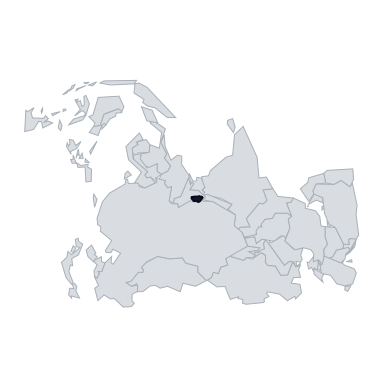 Asia, with Bhutan highlighted, rotated 178°
{"feature_id": "BTN", "entity_name": "Bhutan", "entity_type": "country or territory", "adm_level": 0, "iso_a3": "BTN", "parent_name": "Asia", "parent_adm1": "", "projection": "orthographic", "projection_center": [90.584, 27.506], "detail": "fine", "context": "in_parent", "style": "filled", "palette": "ink", "viewbox_px": 384, "rotation_deg": 178, "n_neighbors": 45, "source": "natural_earth", "source_scale": "50m", "svg_char_len": 13848}
<svg xmlns="http://www.w3.org/2000/svg" viewBox="0 0 384 384"><g transform="rotate(178 192 192)"><path d="M179.7,103.3L175.5,105.8L173.6,111.0L168.5,109.6L166.0,115.9L159.0,117.7L160.7,124.2L158.6,127.2L142.6,121.9L140.1,124.5L134.1,122.8L125.4,129.1L120.7,126.2L121.1,119.3L118.9,116.0L111.4,115.1L106.0,105.6L99.3,105.9L93.9,118.7L91.0,113.7L86.6,114.4L88.2,110.9L86.5,102.9L93.4,102.9L96.1,97.5L87.3,95.9L86.1,87.3L92.2,81.6L92.9,84.2L100.4,80.0L108.0,86.8L119.8,89.6L121.0,88.1L118.7,85.0L123.8,82.5L123.4,79.9L124.8,79.0L141.9,77.9L145.4,79.2L144.9,82.8L149.8,83.9L149.1,85.7L157.5,83.3L162.3,96.4L170.4,96.3L179.7,103.3Z" fill="#d9dde1" stroke="#a8b0b8" stroke-width="1"/><path d="M93.9,118.7L99.3,105.9L106.0,105.6L111.4,115.1L118.9,116.0L121.1,119.3L120.7,126.2L124.4,128.9L133.1,124.3L131.0,126.8L137.6,130.3L133.5,132.5L130.3,131.7L131.2,129.0L127.3,129.2L124.1,133.2L121.8,132.6L122.4,138.2L119.9,141.6L102.3,115.6L96.6,119.5L93.9,118.7Z" fill="#d9dde1" stroke="#a8b0b8" stroke-width="1"/><path d="M357.1,258.2L355.2,279.5L353.4,278.1L346.9,281.8L350.1,276.9L348.8,271.6L337.7,270.8L335.7,273.5L333.0,270.4L337.9,266.4L333.8,268.1L328.9,265.8L338.9,261.2L339.9,267.3L342.7,268.0L348.2,260.0L357.1,258.2ZM310.5,297.7L308.3,302.1L305.2,303.4L307.2,299.9L310.5,297.7ZM338.4,281.1L338.4,278.8L339.6,276.1L340.0,278.3L338.4,281.1ZM288.3,260.7L286.5,264.3L292.4,271.0L288.4,272.4L282.4,289.8L261.6,290.3L257.1,279.7L259.6,273.8L262.7,277.6L274.4,273.9L277.3,272.6L281.4,261.7L288.3,260.7ZM320.8,276.9L328.6,273.1L329.5,275.2L320.8,276.9ZM317.6,279.3L315.5,279.4L315.0,278.2L318.1,277.0L317.6,279.3ZM321.1,258.0L323.4,260.8L321.7,268.4L319.5,262.6L321.1,258.0ZM298.7,267.9L312.8,263.4L307.9,269.0L296.4,272.2L295.9,274.9L298.8,277.2L306.7,272.2L300.7,278.3L305.7,288.1L302.7,288.8L304.4,285.7L300.4,287.2L298.9,281.2L296.6,282.8L296.7,291.2L294.6,292.2L291.5,283.7L295.2,272.8L298.7,267.9ZM296.7,305.0L290.8,305.2L294.0,303.9L296.7,305.0ZM294.2,302.1L301.2,299.2L304.2,297.2L303.5,299.1L294.2,302.1ZM287.7,301.6L291.6,302.5L283.5,305.4L287.7,301.6ZM246.1,302.1L269.6,301.8L280.1,304.1L276.1,306.1L243.5,305.5L246.1,302.1ZM236.7,286.2L246.5,292.9L245.2,302.1L241.1,302.7L233.3,298.2L205.7,266.9L214.1,267.3L226.1,277.5L233.1,279.3L238.2,283.2L236.7,286.2Z" fill="#d9dde1" stroke="#a8b0b8" stroke-width="1"/><path d="M310.7,299.2L313.7,295.3L317.9,293.7L310.7,299.2Z" fill="#d9dde1" stroke="#a8b0b8" stroke-width="1"/><path d="M37.6,126.7L33.6,130.5L29.7,138.5L31.2,131.8L35.9,126.5L37.6,126.7Z" fill="#d9dde1" stroke="#a8b0b8" stroke-width="1"/><path d="M40.6,124.5L36.0,126.5L41.0,123.0L40.6,124.5Z" fill="#d9dde1" stroke="#a8b0b8" stroke-width="1"/><path d="M35.5,129.4L32.7,132.2L35.1,128.4L35.5,129.4Z" fill="#d9dde1" stroke="#a8b0b8" stroke-width="1"/><path d="M35.5,129.4L43.4,129.9L42.3,134.5L36.8,134.2L37.2,138.9L31.4,141.0L29.7,138.5L35.5,129.4Z" fill="#d9dde1" stroke="#a8b0b8" stroke-width="1"/><path d="M61.5,176.6L68.1,179.5L76.0,175.7L69.5,186.4L61.5,181.6L61.5,176.6Z" fill="#d9dde1" stroke="#a8b0b8" stroke-width="1"/><path d="M60.0,173.9L60.5,171.2L62.7,169.4L62.6,173.1L60.0,173.9Z" fill="#d9dde1" stroke="#a8b0b8" stroke-width="1"/><path d="M57.2,151.0L58.0,157.6L54.2,153.7L57.2,151.0Z" fill="#d9dde1" stroke="#a8b0b8" stroke-width="1"/><path d="M42.3,134.5L43.4,129.9L49.6,128.8L53.5,122.4L58.3,120.5L62.1,123.3L62.5,129.8L58.4,135.1L60.6,142.4L60.2,152.8L49.9,151.4L42.3,134.5Z" fill="#d9dde1" stroke="#a8b0b8" stroke-width="1"/><path d="M70.3,185.8L75.7,178.7L83.6,191.4L76.1,197.4L74.8,202.1L59.5,206.1L58.0,196.3L67.5,195.6L71.0,188.9L70.3,185.8ZM77.2,173.7L75.8,174.2L76.9,173.2L77.2,173.7Z" fill="#d9dde1" stroke="#a8b0b8" stroke-width="1"/><path d="M232.4,240.7L233.5,233.0L244.7,233.0L246.1,230.2L250.4,233.5L250.2,238.0L244.3,241.6L246.0,243.7L236.0,246.0L232.4,240.7Z" fill="#d9dde1" stroke="#a8b0b8" stroke-width="1"/><path d="M241.6,231.9L233.5,233.0L232.4,240.7L223.1,236.9L220.3,252.5L231.5,262.5L227.9,264.7L216.4,256.0L221.4,242.7L215.9,231.0L218.3,226.9L212.4,218.7L215.4,213.7L221.9,210.6L226.2,213.8L225.9,221.3L233.3,217.6L239.0,220.3L242.6,226.9L241.6,231.9Z" fill="#d9dde1" stroke="#a8b0b8" stroke-width="1"/><path d="M249.4,231.1L241.6,231.9L242.6,226.9L236.1,217.5L225.9,221.3L226.2,213.8L221.9,210.6L227.6,207.2L226.8,202.9L232.7,208.2L237.0,207.8L238.6,211.0L235.6,213.7L248.6,224.8L249.4,231.1Z" fill="#d9dde1" stroke="#a8b0b8" stroke-width="1"/><path d="M221.9,210.6L215.4,213.7L212.4,218.7L218.3,226.9L215.9,231.0L221.4,242.7L217.8,250.2L217.3,238.4L211.9,224.5L205.4,229.3L201.0,228.3L201.4,220.0L193.9,207.8L203.3,188.0L210.1,185.8L210.5,181.2L215.2,183.8L212.3,197.9L216.0,197.0L219.2,201.1L218.4,204.3L225.2,204.8L221.9,210.6Z" fill="#d9dde1" stroke="#a8b0b8" stroke-width="1"/><path d="M239.1,246.2L246.0,243.7L244.3,241.6L250.2,238.0L249.7,227.3L235.6,213.7L238.6,211.0L237.0,207.8L232.7,208.2L228.6,202.1L239.1,197.6L249.1,203.2L241.8,213.7L254.3,226.4L256.5,239.6L242.5,252.8L239.1,246.2Z" fill="#d9dde1" stroke="#a8b0b8" stroke-width="1"/><path d="M292.3,110.6L292.7,116.6L289.4,122.4L293.0,126.7L284.8,130.5L284.8,125.4L281.3,124.3L282.4,121.4L284.8,115.7L288.4,115.8L287.2,114.1L289.9,109.1L292.3,110.6Z" fill="#d9dde1" stroke="#a8b0b8" stroke-width="1"/><path d="M289.0,130.6L293.0,125.7L298.3,131.2L299.8,137.7L294.2,142.4L290.2,134.3L291.8,133.1L289.0,130.6Z" fill="#d9dde1" stroke="#a8b0b8" stroke-width="1"/><path d="M180.7,103.0L191.7,97.7L204.3,101.1L207.2,92.7L219.7,98.6L227.2,97.0L231.8,99.9L237.1,99.6L244.5,94.2L250.1,94.3L250.6,102.2L255.6,99.8L260.8,102.4L248.4,113.6L244.1,113.3L243.4,115.9L245.3,118.2L242.4,122.0L228.6,128.8L216.6,126.0L204.0,126.6L200.7,121.1L188.7,117.6L188.8,111.7L180.7,103.0Z" fill="#d9dde1" stroke="#a8b0b8" stroke-width="1"/><path d="M210.5,181.2L210.1,185.8L203.3,188.0L195.2,205.6L193.2,199.6L191.7,202.0L189.8,200.1L194.0,194.4L185.4,193.3L180.8,188.7L179.5,191.3L182.0,193.4L179.0,196.2L181.1,197.2L181.7,207.0L174.9,207.6L173.0,212.6L157.0,225.5L150.1,227.4L147.5,247.8L138.6,255.7L125.7,224.3L124.6,203.7L117.1,204.3L111.0,192.3L120.7,191.5L117.3,180.8L121.4,177.5L125.1,178.4L138.6,163.4L135.1,155.0L144.9,155.0L148.2,152.1L151.0,156.9L149.3,167.5L156.5,173.3L152.6,178.3L163.0,184.5L179.1,188.8L181.5,182.5L181.8,186.2L184.9,187.7L192.7,187.3L191.5,183.7L206.2,176.8L206.8,180.8L210.5,181.2Z" fill="#d9dde1" stroke="#a8b0b8" stroke-width="1"/><path d="M193.2,199.6L194.2,210.9L190.7,202.9L187.4,202.8L186.6,206.5L182.2,205.6L179.0,196.2L182.0,193.4L179.5,191.3L180.8,188.7L185.4,193.3L194.0,194.4L189.8,200.1L191.7,202.0L193.2,199.6Z" fill="#d9dde1" stroke="#a8b0b8" stroke-width="1"/><path d="M179.4,183.2L179.1,188.8L176.2,188.8L152.6,178.3L157.9,172.4L171.7,181.7L179.4,183.2Z" fill="#d9dde1" stroke="#a8b0b8" stroke-width="1"/><path d="M148.2,152.1L144.9,155.0L135.1,155.0L138.6,163.4L125.1,178.4L121.4,177.5L117.3,180.8L120.7,191.5L111.0,192.3L106.3,184.6L90.9,182.4L93.0,178.4L97.8,177.5L93.2,164.2L97.6,167.4L109.5,167.8L112.4,162.9L120.0,162.0L131.0,146.0L141.1,145.0L143.5,150.0L148.2,152.1Z" fill="#d9dde1" stroke="#a8b0b8" stroke-width="1"/><path d="M111.3,139.9L123.8,142.3L129.5,138.1L131.1,145.1L135.8,142.9L141.1,145.0L128.9,147.3L129.3,150.9L126.3,155.0L123.4,154.4L124.1,157.1L120.0,162.0L112.4,162.9L109.5,167.8L97.6,167.4L93.2,164.2L96.7,161.5L95.4,152.3L100.1,143.0L104.7,145.1L111.3,139.9Z" fill="#d9dde1" stroke="#a8b0b8" stroke-width="1"/><path d="M119.9,141.6L122.4,138.2L121.8,132.6L131.2,129.0L131.5,131.8L126.6,133.7L138.3,135.9L140.8,143.9L131.1,145.1L129.5,138.1L123.8,142.3L119.9,141.6Z" fill="#d9dde1" stroke="#a8b0b8" stroke-width="1"/><path d="M133.1,124.3L140.1,124.5L142.6,121.9L158.6,127.2L138.3,135.9L126.6,133.7L127.4,131.6L137.6,130.3L131.0,126.8L133.1,124.3Z" fill="#d9dde1" stroke="#a8b0b8" stroke-width="1"/><path d="M86.6,114.4L91.0,113.7L92.6,118.5L96.6,119.5L102.3,115.6L117.1,137.8L116.5,140.1L114.6,138.5L102.5,145.1L100.1,143.0L100.8,139.8L92.7,131.5L83.1,131.7L85.5,125.4L84.3,120.6L86.1,117.9L90.5,119.1L89.9,114.2L86.3,116.9L86.6,114.4Z" fill="#d9dde1" stroke="#a8b0b8" stroke-width="1"/><path d="M60.2,152.8L60.6,142.4L58.4,135.1L62.5,129.8L62.3,120.0L64.6,114.9L67.6,119.2L73.2,118.1L72.5,126.1L75.3,130.2L82.6,132.4L91.1,130.6L100.8,139.8L95.4,152.3L96.7,161.5L93.2,164.2L97.8,177.5L93.0,178.4L90.9,182.4L79.3,176.6L79.2,171.7L69.4,169.0L65.2,163.3L64.3,153.6L60.2,152.8Z" fill="#d9dde1" stroke="#a8b0b8" stroke-width="1"/><path d="M36.4,128.5L40.6,124.5L41.5,119.6L45.6,115.8L57.1,120.6L53.5,122.4L49.6,128.8L37.8,131.2L36.4,128.5Z" fill="#d9dde1" stroke="#a8b0b8" stroke-width="1"/><path d="M68.5,119.5L65.1,111.6L66.5,108.7L70.0,111.6L68.5,119.5Z" fill="#d9dde1" stroke="#a8b0b8" stroke-width="1"/><path d="M62.1,123.3L45.6,115.8L42.7,118.5L44.2,115.7L42.0,113.5L32.6,109.6L30.6,105.3L34.6,94.6L42.6,92.8L50.6,95.2L56.4,103.9L65.6,106.1L66.5,114.6L64.6,114.9L62.1,123.3ZM39.9,87.3L42.7,88.9L42.4,92.3L36.4,92.7L39.9,87.3Z" fill="#d9dde1" stroke="#a8b0b8" stroke-width="1"/><path d="M154.4,258.7L153.8,262.4L148.9,263.9L146.6,255.6L148.5,249.9L154.4,258.7Z" fill="#d9dde1" stroke="#a8b0b8" stroke-width="1"/><path d="M255.4,215.1L252.0,211.2L259.1,207.3L258.2,212.8L255.4,215.1ZM138.3,135.9L160.7,124.2L159.0,117.7L166.0,115.9L168.5,109.6L173.6,111.0L175.5,105.8L180.7,103.0L188.8,111.7L188.7,117.6L200.7,121.1L204.0,126.6L216.6,126.0L228.6,128.8L239.6,123.8L245.3,118.2L243.4,115.9L244.1,113.3L248.4,113.6L255.9,105.0L261.1,103.7L255.6,99.8L249.5,100.9L250.1,94.3L255.4,92.1L255.8,85.2L253.5,82.9L256.5,79.6L264.7,79.4L273.4,88.2L277.4,88.0L283.5,92.2L289.8,86.7L292.6,99.2L288.7,101.6L292.3,110.6L289.9,109.1L287.2,114.1L288.4,115.8L284.8,115.7L281.3,124.3L274.5,130.4L275.4,124.1L273.4,122.6L265.5,133.3L273.0,137.6L275.2,134.2L279.7,134.6L280.7,136.4L274.0,146.2L285.0,156.1L284.3,160.3L287.5,162.8L287.8,169.1L281.9,185.2L274.4,193.9L258.5,202.3L257.8,206.5L255.9,207.0L255.4,202.8L245.6,202.7L244.1,199.1L239.1,197.6L226.8,202.9L227.6,207.2L218.4,204.3L219.2,201.1L216.0,197.0L212.3,197.9L215.2,183.8L212.4,180.8L206.8,180.8L206.2,176.8L194.3,183.2L185.8,181.7L181.7,185.5L181.5,182.5L171.7,181.7L149.3,167.5L151.0,156.9L143.5,150.0L138.3,135.9Z" fill="#d9dde1" stroke="#a8b0b8" stroke-width="1"/><path d="M289.9,180.2L290.9,189.8L290.2,193.2L287.1,187.8L289.9,180.2Z" fill="#d9dde1" stroke="#a8b0b8" stroke-width="1"/><path d="M73.6,108.8L75.3,112.5L78.0,110.9L79.4,117.9L77.5,117.4L72.9,123.3L73.2,118.1L68.5,119.5L68.5,114.7L69.6,109.5L72.4,111.6L73.6,108.8ZM67.6,119.2L66.4,118.1L66.5,114.6L68.0,116.3L67.6,119.2Z" fill="#d9dde1" stroke="#a8b0b8" stroke-width="1"/><path d="M64.3,97.4L72.9,105.8L72.9,111.3L63.4,105.2L65.4,101.5L64.3,97.4Z" fill="#d9dde1" stroke="#a8b0b8" stroke-width="1"/><path d="M297.4,228.9L293.8,225.1L297.9,225.5L297.4,228.9ZM304.2,238.8L303.4,232.2L304.8,234.0L306.8,229.8L304.2,238.8ZM311.5,233.8L315.9,241.9L315.0,245.5L313.6,242.2L312.3,244.5L312.7,248.8L308.9,247.9L306.5,242.5L301.2,246.4L305.8,239.5L312.0,236.6L311.5,233.8ZM292.9,236.2L285.1,246.2L292.0,233.4L292.9,236.2ZM297.7,205.8L298.0,220.7L305.2,220.6L306.2,225.1L302.1,222.4L294.7,223.4L295.5,220.6L291.6,218.3L292.4,206.1L297.7,205.8ZM300.5,234.6L299.6,229.5L303.6,229.4L300.5,234.6ZM310.8,225.0L312.2,228.8L309.7,228.6L309.5,233.1L306.8,224.8L310.8,225.0Z" fill="#d9dde1" stroke="#a8b0b8" stroke-width="1"/><path d="M223.8,262.3L234.7,264.7L239.6,279.0L228.9,275.0L223.8,262.3ZM288.3,260.7L281.4,261.7L277.3,272.6L262.7,277.6L260.2,276.0L259.6,273.8L265.0,273.5L265.7,270.4L271.5,267.9L275.6,262.1L279.6,262.0L283.9,251.7L292.6,255.1L288.3,260.7Z" fill="#d9dde1" stroke="#a8b0b8" stroke-width="1"/><path d="M279.8,258.0L279.6,262.0L277.2,263.6L275.6,262.1L279.8,258.0Z" fill="#d9dde1" stroke="#a8b0b8" stroke-width="1"/><path d="M320.8,110.7L324.9,126.2L319.3,131.3L318.0,136.9L314.6,133.6L306.1,140.2L309.6,141.8L310.2,148.6L307.4,149.8L306.9,146.3L303.0,143.8L307.7,133.1L314.5,129.7L313.9,122.5L316.1,123.4L317.8,116.6L314.0,105.7L315.6,104.0L320.8,110.7ZM315.9,92.3L316.1,90.2L318.9,93.5L317.6,100.1L313.5,99.5L314.7,103.6L312.6,104.8L310.4,101.6L311.6,97.4L308.1,89.9L315.9,92.3ZM310.0,140.3L312.3,135.6L315.1,136.7L312.6,142.4L310.0,140.3Z" fill="#d9dde1" stroke="#a8b0b8" stroke-width="1"/><path d="M58.0,196.3L59.5,206.1L56.1,208.9L30.5,209.5L30.1,199.1L33.9,191.6L42.7,198.2L49.7,194.6L58.0,196.3Z" fill="#d9dde1" stroke="#a8b0b8" stroke-width="1"/><path d="M29.5,139.1L35.5,140.0L37.2,138.9L36.8,134.2L42.3,134.5L49.9,151.4L56.2,155.0L60.3,166.2L61.5,181.6L70.3,185.8L71.0,188.9L67.5,195.6L49.7,194.6L42.7,198.2L33.9,191.6L31.4,195.3L27.5,172.9L28.8,163.5L26.9,143.2L29.5,139.1Z" fill="#d9dde1" stroke="#a8b0b8" stroke-width="1"/><path d="M39.6,117.1L34.8,118.8L34.6,116.2L39.6,117.1Z" fill="#d9dde1" stroke="#a8b0b8" stroke-width="1"/><path d="M191.3,183.7L191.3,183.8L191.2,184.1L191.1,184.3L191.2,184.5L191.4,184.8L191.7,185.0L192.1,185.0L192.4,184.9L192.5,184.9L192.7,185.2L192.9,185.5L192.7,185.8L192.6,186.1L192.6,186.3L192.7,186.5L192.8,186.7L192.8,187.0L192.6,187.2L192.4,187.2L192.2,187.2L191.7,187.3L190.9,187.4L190.7,187.2L190.1,187.5L189.6,187.4L188.7,187.5L188.3,187.5L187.9,187.5L187.7,187.5L187.3,187.2L186.9,187.1L186.6,187.2L186.4,187.3L186.2,187.6L185.5,187.7L184.9,187.8L184.7,187.8L184.4,187.7L184.2,187.4L183.9,187.4L183.6,187.3L183.5,187.2L182.8,187.3L182.5,187.2L182.0,186.9L181.8,186.8L181.8,186.4L181.7,186.2L181.4,185.9L181.5,185.8L181.9,185.5L182.0,185.4L182.2,184.9L182.4,184.6L182.7,184.4L182.9,183.9L183.3,183.4L183.7,183.0L184.0,182.6L184.2,182.4L184.6,182.2L184.9,182.1L185.1,181.8L185.4,181.7L185.7,181.6L186.1,181.7L186.5,181.8L186.9,181.9L187.0,182.0L186.9,182.4L186.9,182.5L187.0,182.5L187.4,182.6L187.9,182.5L188.2,182.6L188.8,182.7L189.0,182.9L189.4,182.9L189.7,182.7L189.9,182.6L190.1,182.5L190.4,182.7L190.8,182.9L191.2,183.0L191.3,183.1L191.3,183.6L191.3,183.7Z" fill="#0f172a" stroke="#020617" stroke-width="1.5"/></g></svg>